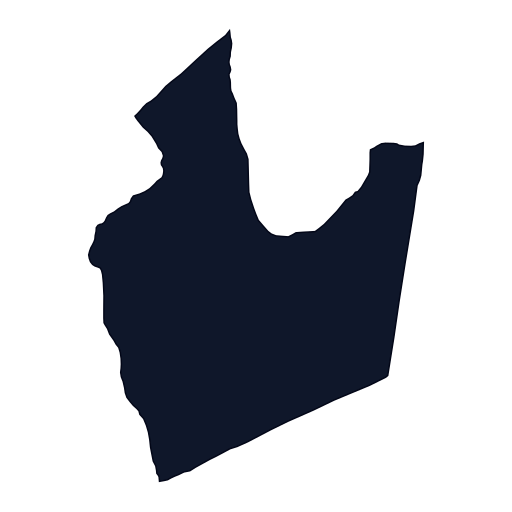 outline of Lopè, Ogooué-Ivindo, Gabon
{"feature_id": "22940354B97125723234680", "entity_name": "Lopè", "entity_type": "district", "adm_level": 2, "iso_a3": "GAB", "parent_name": "Gabon", "parent_adm1": "Ogooué-Ivindo", "projection": "equal_earth", "projection_center": [11.763, -0.029], "detail": "fine", "context": "isolated", "style": "filled", "palette": "ink", "viewbox_px": 512, "rotation_deg": 0, "n_neighbors": 0, "source": "geoboundaries", "source_scale": "gbopen_adm2", "svg_char_len": 2784}
<svg xmlns="http://www.w3.org/2000/svg" viewBox="0 0 512 512"><path d="M163.6,155.9L162.9,158.5L161.7,160.7L161.2,162.7L161.5,164.8L162.4,166.1L163.5,168.1L163.9,170.8L163.6,173.3L163.2,175.3L162.0,177.8L157.2,181.3L154.7,184.1L149.9,188.7L145.0,191.8L139.8,194.1L133.4,196.0L131.4,198.8L130.5,201.6L128.9,203.6L121.9,206.7L118.2,209.0L114.4,212.0L110.4,214.0L108.1,215.5L106.7,217.8L105.2,221.2L104.0,222.7L102.2,224.0L99.9,224.4L97.9,225.4L96.3,227.7L96.1,231.3L95.2,235.6L94.9,239.3L94.0,241.8L92.5,244.9L90.9,247.7L89.7,251.0L88.7,254.9L89.3,258.3L90.5,261.7L92.6,264.4L94.9,265.9L98.6,267.2L100.3,268.0L101.6,270.4L102.6,274.5L103.4,282.9L104.0,295.6L103.9,309.8L103.9,318.0L104.1,322.8L105.2,324.8L107.6,328.6L109.7,334.1L114.0,340.2L116.2,344.2L118.8,347.4L120.3,352.4L121.2,358.6L121.4,364.2L121.2,368.4L120.7,372.4L121.4,376.8L123.2,381.4L124.7,387.9L125.4,392.8L127.0,397.4L130.2,401.6L133.5,405.5L136.9,408.5L139.0,410.9L139.9,414.4L143.7,418.6L146.5,425.4L148.5,432.2L149.8,439.6L150.6,447.2L152.0,454.5L153.3,461.1L155.8,465.9L156.6,470.4L156.9,473.4L158.1,474.9L159.1,476.7L159.5,481.3L164.0,480.5L167.6,479.7L170.8,477.9L174.6,476.1L178.4,474.6L183.9,471.9L189.9,470.7L195.2,467.3L200.8,464.2L209.9,459.2L215.6,456.4L223.7,452.1L230.0,448.7L237.6,446.3L237.9,446.1L247.7,441.7L270.8,429.6L287.7,421.3L313.3,410.0L334.1,400.0L348.2,394.1L369.6,385.2L385.8,377.1L387.7,375.5L393.8,337.4L399.2,300.3L405.0,263.5L413.6,211.1L417.0,185.4L419.3,180.3L420.7,175.3L421.7,164.6L422.3,161.0L423.0,154.2L423.2,145.8L423.3,142.6L419.6,143.9L415.5,146.0L411.2,146.5L404.7,146.3L398.7,145.2L396.9,144.0L393.4,143.5L385.4,143.3L381.5,143.8L376.7,146.4L374.6,147.9L370.5,149.8L370.2,152.7L370.2,159.5L369.8,172.0L368.5,175.4L361.6,187.2L358.0,191.6L355.4,192.3L353.0,195.7L349.2,198.3L346.0,200.1L336.9,211.4L324.3,224.5L319.1,228.7L315.2,231.6L310.7,231.9L302.9,232.3L296.0,232.8L292.6,234.8L288.4,236.9L281.7,236.4L275.9,235.9L271.3,234.1L267.8,231.4L263.0,225.9L258.2,220.3L255.6,214.0L253.6,208.6L250.6,199.5L248.8,192.3L248.5,183.7L247.9,159.3L246.3,153.9L243.8,149.4L240.8,143.6L239.0,138.8L237.7,133.9L237.1,128.9L236.7,124.3L236.7,120.7L236.6,116.0L236.5,109.4L236.1,103.1L233.9,98.2L232.2,93.7L230.9,91.1L230.5,88.6L230.4,87.3L230.3,82.5L230.0,79.6L229.2,77.3L228.9,74.3L230.0,71.9L230.6,69.8L230.1,67.0L229.2,64.6L228.9,62.1L229.2,59.3L230.1,56.3L230.3,52.0L231.2,47.8L231.6,43.6L231.1,40.2L230.2,37.3L229.8,32.9L229.5,30.7L225.7,35.5L222.3,38.1L216.8,42.3L208.3,49.2L197.0,59.5L181.4,74.0L171.6,81.6L165.9,86.4L156.8,96.6L151.1,101.2L146.8,103.7L143.3,107.1L140.7,110.3L137.4,113.9L135.0,116.1L136.1,118.0L138.1,120.7L143.3,127.1L148.0,131.3L152.1,136.0L156.7,143.5L158.7,147.9L162.2,151.6L163.2,154.6L163.6,155.9Z" fill="#0f172a" stroke="#020617" stroke-width="1.5"/></svg>